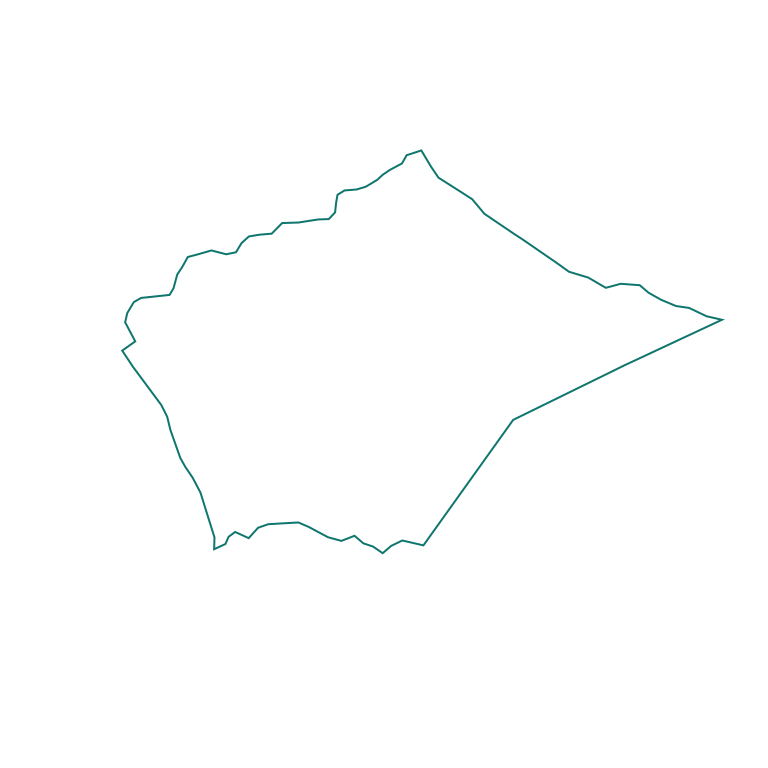 outline of Itajá, Rio Grande do Norte, Brazil, rotated 121°
{"feature_id": "56859067B91180635159801", "entity_name": "Itajá", "entity_type": "district", "adm_level": 2, "iso_a3": "BRA", "parent_name": "Brazil", "parent_adm1": "Rio Grande do Norte", "projection": "equal_earth", "projection_center": [-36.809, -5.683], "detail": "fine", "context": "isolated", "style": "outline", "palette": "teal", "viewbox_px": 768, "rotation_deg": 121, "n_neighbors": 0, "source": "geoboundaries", "source_scale": "gbopen_adm2", "svg_char_len": 1210}
<svg xmlns="http://www.w3.org/2000/svg" viewBox="0 0 768 768"><g transform="rotate(121 384 384)"><path d="M164.6,472.3L176.2,482.4L185.7,482.2L197.6,489.3L205.4,492.9L212.4,494.9L224.4,501.3L231.4,507.7L238.4,517.5L245.8,521.3L253.3,518.4L262.1,514.3L271.1,516.3L276.6,524.8L283.2,532.8L289.6,540.4L298.5,554.2L313.0,557.7L319.9,567.3L327.1,575.8L336.6,578.7L347.3,578.7L354.1,586.1L358.4,600.7L368.6,610.2L376.2,617.6L387.8,617.2L396.7,617.6L410.4,613.7L418.1,613.7L435.3,636.5L442.6,640.6L455.4,640.6L464.4,637.7L475.6,619.2L490.2,625.6L498.7,607.7L516.7,564.1L523.8,552.9L533.5,543.3L552.4,520.4L557.5,511.4L562.8,499.9L571.6,485.4L587.2,467.9L602.8,450.3L613.1,444.5L602.8,437.5L595.0,438.5L587.5,435.4L585.8,420.6L572.1,417.9L563.8,411.0L556.0,399.6L546.8,386.1L545.3,375.1L544.2,353.1L540.4,339.7L529.3,331.1L531.2,319.6L529.0,309.7L529.7,298.0L519.1,294.5L508.7,287.7L502.0,267.1L348.2,254.8L243.2,186.9L154.9,127.4L159.8,142.4L161.7,161.8L166.8,173.9L169.1,189.9L169.5,204.3L167.6,215.7L176.2,232.7L187.3,243.4L187.6,263.8L192.5,283.2L191.3,298.0L188.7,339.7L188.3,350.5L186.4,385.6L180.2,403.5L179.8,415.5L179.1,443.5L173.6,455.4L164.6,472.3Z" fill="none" stroke="#0f766e" stroke-width="2"/></g></svg>